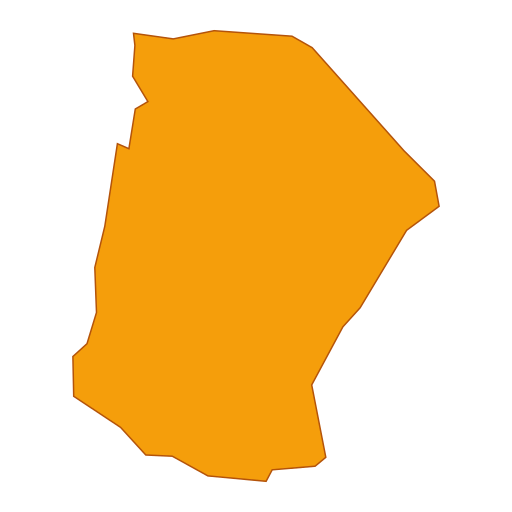 Cannon, Tennessee, United States of America (Mercator projection)
{"feature_id": "52423323B6550108004779", "entity_name": "Cannon", "entity_type": "district", "adm_level": 2, "iso_a3": "USA", "parent_name": "United States of America", "parent_adm1": "Tennessee", "projection": "mercator", "projection_center": [-86.082, 35.804], "detail": "fine", "context": "isolated", "style": "filled", "palette": "amber", "viewbox_px": 512, "rotation_deg": 0, "n_neighbors": 0, "source": "geoboundaries", "source_scale": "gbopen_adm2", "svg_char_len": 515}
<svg xmlns="http://www.w3.org/2000/svg" viewBox="0 0 512 512"><path d="M134.9,45.5L132.6,76.2L147.9,101.6L135.3,109.0L128.9,148.7L117.4,143.7L104.8,226.3L94.8,267.5L96.5,312.5L87.0,343.7L72.9,356.5L73.7,396.3L120.6,427.4L145.8,455.0L172.3,456.2L207.9,475.9L266.1,481.3L272.2,469.8L315.1,466.2L325.8,457.3L311.7,384.9L342.9,326.8L360.1,307.8L406.6,230.3L439.1,206.3L434.5,181.2L404.0,150.8L312.2,47.7L292.0,36.2L214.1,30.7L173.2,38.9L133.5,33.3L134.9,45.5Z" fill="#f59e0b" stroke="#b45309" stroke-width="1.5"/></svg>